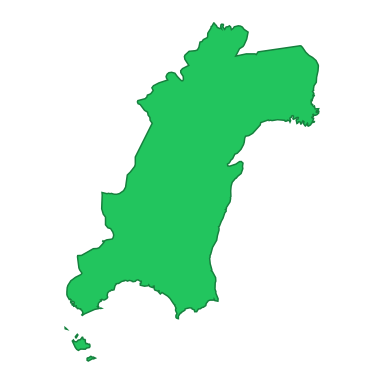 Botum Sakor, Kaôh Kong, Cambodia
{"feature_id": "14789045B91136996845349", "entity_name": "Botum Sakor", "entity_type": "district", "adm_level": 2, "iso_a3": "KHM", "parent_name": "Cambodia", "parent_adm1": "Kaôh Kong", "projection": "natural_earth1", "projection_center": [103.368, 11.059], "detail": "fine", "context": "isolated", "style": "filled", "palette": "green", "viewbox_px": 384, "rotation_deg": 0, "n_neighbors": 0, "source": "geoboundaries", "source_scale": "gbopen_adm2", "svg_char_len": 5922}
<svg xmlns="http://www.w3.org/2000/svg" viewBox="0 0 384 384"><path d="M300.0,45.8L258.1,51.9L256.2,54.6L255.2,53.9L246.2,53.9L235.7,56.1L239.5,48.7L243.0,46.5L244.1,44.9L246.7,39.1L248.1,32.1L244.0,29.3L242.4,27.1L240.5,26.1L238.3,25.8L234.3,26.8L233.1,28.5L231.4,29.7L230.6,26.8L229.3,25.8L228.4,26.6L226.1,27.0L224.7,29.4L223.1,27.2L222.9,26.5L223.5,25.0L223.1,24.3L221.6,24.2L221.0,24.7L220.7,26.7L221.4,28.7L220.6,28.0L219.5,28.5L217.3,27.4L216.2,25.3L215.3,24.8L214.4,23.2L213.7,23.0L212.0,26.1L211.2,26.5L210.9,28.2L207.8,33.2L207.6,36.9L207.1,37.7L203.3,39.6L202.1,41.5L200.0,42.1L198.9,47.3L197.4,49.9L195.3,50.7L189.1,51.3L185.0,55.1L184.4,56.6L184.9,59.3L188.8,65.4L182.5,68.6L180.7,70.7L180.8,72.7L183.2,76.4L183.4,79.4L182.8,80.7L181.8,80.8L180.7,80.1L177.2,76.4L174.9,73.2L171.6,72.3L168.9,72.7L167.2,74.1L166.1,76.4L166.4,77.9L167.7,80.0L158.9,82.9L153.5,85.7L151.9,87.8L153.2,90.5L151.3,93.1L150.3,94.0L147.4,95.1L146.8,97.1L145.1,98.7L137.9,100.6L137.4,101.9L138.1,103.7L140.2,104.5L144.5,110.3L147.6,112.2L148.1,115.1L149.9,117.4L150.1,120.2L152.2,123.3L135.3,157.0L135.3,164.3L134.7,166.4L130.2,172.2L127.3,175.0L125.6,187.1L123.6,190.7L119.4,193.6L116.6,194.3L113.9,194.2L111.4,193.4L110.1,193.7L108.5,193.3L107.0,193.7L102.0,192.5L102.2,195.1L101.7,208.8L103.3,214.2L105.5,217.1L105.5,224.8L107.9,227.8L110.6,228.6L112.9,232.2L113.7,235.0L113.2,237.6L112.0,239.1L106.9,239.8L104.8,240.7L104.3,241.7L103.0,240.8L102.7,241.2L103.6,242.5L103.3,243.2L99.1,247.8L97.0,248.5L93.3,248.7L81.5,255.4L77.7,255.6L77.5,256.8L78.9,267.9L79.7,269.9L81.8,272.9L81.8,273.5L80.9,274.6L75.5,277.3L70.8,280.8L67.9,285.4L67.2,287.7L66.9,291.7L66.9,294.6L67.3,296.0L69.3,299.5L70.3,299.1L71.1,299.8L70.6,302.1L71.0,302.9L71.6,302.7L72.7,301.3L74.3,302.3L74.0,303.6L73.4,303.9L72.0,303.6L72.0,304.7L72.4,305.1L73.8,304.9L73.5,305.7L73.7,306.3L76.1,305.9L75.9,307.0L76.7,307.4L77.4,308.6L78.2,308.3L79.3,308.9L80.6,308.8L80.8,309.7L81.8,310.3L82.9,312.6L82.4,314.3L81.8,314.9L82.3,315.4L84.5,313.9L94.7,309.4L98.6,308.6L98.6,306.8L97.6,306.9L97.3,306.5L98.1,305.7L98.4,303.3L99.8,301.7L101.2,301.1L101.4,300.7L100.6,299.9L101.9,299.3L103.2,299.9L104.6,299.9L106.8,298.5L107.6,297.5L107.5,296.3L107.1,295.7L107.7,292.8L109.5,291.0L110.4,291.0L111.6,289.9L112.4,290.2L114.0,289.8L115.1,285.6L116.2,284.2L116.2,283.7L118.7,283.4L121.8,281.4L124.2,280.9L124.2,280.5L125.9,280.4L127.6,281.1L129.2,280.4L131.9,280.9L132.2,281.5L133.2,281.7L135.4,281.3L136.2,280.3L138.0,279.8L140.6,281.4L141.2,281.3L141.1,283.0L140.2,283.3L140.3,285.2L144.5,286.2L148.4,285.7L148.8,284.9L149.8,286.5L152.4,287.5L153.3,287.5L153.3,286.2L154.1,286.1L154.2,288.9L154.9,290.1L157.7,291.0L158.2,291.6L158.8,290.7L159.2,290.9L159.0,292.5L160.3,294.0L162.0,292.5L167.7,296.1L170.1,298.5L173.8,304.1L174.8,304.8L174.6,305.2L176.1,308.3L175.6,308.9L175.6,310.5L176.9,313.4L176.7,314.4L176.0,315.1L175.9,317.1L176.4,318.0L177.8,318.6L178.4,318.7L178.4,316.0L180.6,312.9L181.4,312.8L181.8,312.1L184.9,310.2L185.1,309.0L185.8,308.7L189.6,307.8L191.7,308.1L192.1,309.0L194.2,309.8L194.7,311.7L196.7,311.7L198.4,309.0L200.5,308.7L201.8,307.6L203.4,307.2L205.8,305.6L206.2,303.5L208.4,300.7L210.2,300.1L213.9,300.1L214.1,299.2L214.8,300.6L217.9,301.2L218.1,298.8L215.8,293.1L215.9,291.6L215.0,289.1L215.2,282.9L215.8,281.1L215.6,277.6L212.5,271.8L211.3,270.8L211.9,270.4L211.8,269.6L210.2,263.8L209.6,258.1L210.0,257.5L210.1,255.2L210.7,254.3L212.6,247.3L216.7,240.2L217.4,235.8L219.0,230.1L219.0,228.1L218.6,226.6L219.4,226.2L221.3,221.3L223.0,218.2L224.8,212.8L226.1,211.3L226.1,209.6L225.6,209.5L226.4,208.7L226.3,207.7L230.0,201.9L230.6,198.7L230.4,197.7L230.9,196.5L230.7,190.9L231.1,186.3L232.2,182.3L235.6,178.2L236.2,178.2L237.8,176.2L241.1,173.5L242.8,168.7L242.5,166.3L243.0,163.1L241.2,161.5L239.5,161.6L235.9,164.1L229.7,166.2L227.7,165.8L227.5,164.0L229.3,162.9L231.0,160.0L232.6,158.7L234.8,154.2L237.3,153.2L241.0,149.3L243.5,144.6L244.2,142.3L244.8,137.8L245.6,136.2L248.8,135.6L252.7,133.3L260.2,125.0L260.7,122.6L267.9,120.1L268.6,120.0L269.0,120.6L270.6,120.2L272.0,120.6L277.5,119.7L284.7,120.3L284.9,121.0L285.8,121.3L287.1,120.9L287.4,120.2L289.4,120.7L290.0,122.1L290.6,120.7L289.9,118.7L290.0,118.0L291.2,117.4L291.7,116.0L292.9,115.6L293.5,116.2L292.9,118.8L293.5,119.3L297.1,117.4L298.3,117.5L298.1,118.9L296.6,119.4L296.2,120.1L296.9,123.5L297.6,123.2L298.6,121.7L299.1,121.7L300.2,122.1L300.7,124.0L301.1,124.0L302.9,120.9L304.0,121.8L303.4,123.4L305.0,125.7L305.4,126.0L305.9,125.5L307.4,123.1L307.7,123.5L307.6,125.2L308.0,126.0L308.5,126.1L310.5,124.9L311.9,122.8L314.3,122.0L314.4,121.5L312.5,121.3L313.6,118.7L311.9,117.7L311.9,117.2L313.4,116.8L312.9,114.5L313.2,114.3L314.2,115.3L315.7,115.2L317.0,114.6L318.5,113.2L318.2,112.6L318.9,111.9L318.8,111.4L316.4,112.4L316.2,112.1L316.5,110.8L318.0,110.5L318.7,108.7L315.1,108.9L314.4,106.1L313.7,106.6L312.4,105.2L312.7,104.6L312.4,104.3L311.4,104.1L311.1,101.4L311.3,100.2L312.0,100.7L312.3,100.2L312.3,98.8L312.7,98.6L313.4,96.4L312.9,95.7L313.2,94.9L314.0,95.9L314.3,95.5L313.7,94.6L313.9,93.8L313.5,92.8L312.5,91.5L313.7,90.2L313.4,89.3L314.0,85.7L316.3,82.3L316.6,77.2L318.0,70.9L318.4,65.9L318.1,64.7L316.0,60.5L312.6,57.5L309.0,55.4L305.8,52.3L302.4,47.3L301.0,45.9L300.0,45.8ZM83.9,339.5L83.2,339.1L82.7,337.3L82.2,337.2L80.3,339.7L78.2,340.1L76.6,341.8L74.5,341.6L73.8,340.5L73.5,341.2L73.2,340.1L72.3,341.0L75.3,347.4L76.7,349.3L78.4,350.4L80.6,349.1L85.4,349.2L86.5,348.1L89.5,347.5L90.0,346.2L89.7,344.4L89.2,344.1L88.5,344.4L87.4,343.6L86.0,343.7L85.2,341.2L85.4,340.1L84.8,339.4L83.9,339.5ZM92.1,357.1L90.9,356.3L88.4,357.9L87.6,357.9L87.1,358.3L87.1,360.3L88.3,361.0L92.4,358.8L93.6,358.9L95.4,358.1L93.4,357.1L92.1,357.1ZM76.2,337.9L77.9,335.0L77.3,334.3L75.4,336.6L75.6,337.7L76.2,337.9ZM67.0,329.3L66.1,328.4L65.1,327.6L65.2,328.8L67.0,329.3ZM101.5,308.3L100.8,308.0L99.8,308.2L100.6,308.5L101.5,308.3Z" fill="#22c55e" stroke="#15803d" stroke-width="1.5"/></svg>